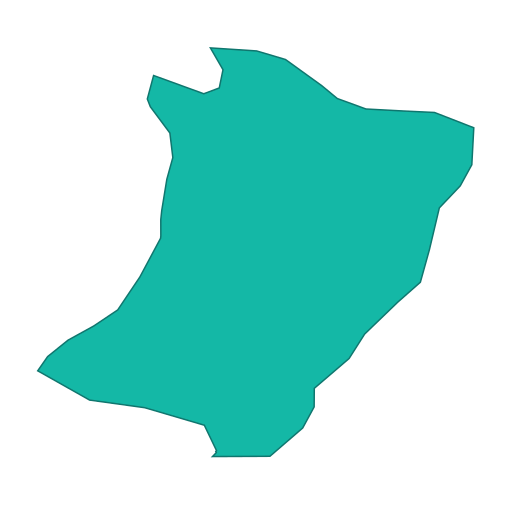 the district of Namdong-gu, Incheon, South Korea, rotated 6°
{"feature_id": "91817680B54049766777888", "entity_name": "Namdong-gu", "entity_type": "district", "adm_level": 2, "iso_a3": "KOR", "parent_name": "South Korea", "parent_adm1": "Incheon", "projection": "mercator", "projection_center": [126.725, 37.421], "detail": "fine", "context": "isolated", "style": "filled", "palette": "teal", "viewbox_px": 512, "rotation_deg": 6, "n_neighbors": 0, "source": "geoboundaries", "source_scale": "gbopen_adm2", "svg_char_len": 767}
<svg xmlns="http://www.w3.org/2000/svg" viewBox="0 0 512 512"><g transform="rotate(6 256 256)"><path d="M159.2,246.8L159.3,248.2L142.7,289.0L124.1,324.1L101.9,342.6L77.9,359.3L59.3,377.8L50.9,393.0L105.6,416.7L161.2,418.5L222.3,429.7L237.1,453.7L236.4,454.6L237.1,455.6L233.7,460.0L285.7,454.3L290.8,453.7L320.4,422.2L329.6,400.0L327.8,381.5L359.3,348.2L372.2,322.3L401.8,287.1L422.2,264.9L427.8,231.6L433.3,189.0L451.8,164.9L461.1,142.7L459.2,105.7L451.1,103.5L418.5,94.6L387.0,96.4L350.0,98.3L320.4,90.9L303.7,79.8L264.8,57.5L235.2,52.0L188.9,53.8L203.7,74.2L201.9,92.7L187.1,100.1L135.3,87.2L131.5,111.2L135.3,118.6L157.5,142.7L163.0,166.8L159.3,189.0L157.5,220.5L157.5,229.7L159.3,246.4L159.2,246.8Z" fill="#14b8a6" stroke="#0f766e" stroke-width="1.5"/></g></svg>